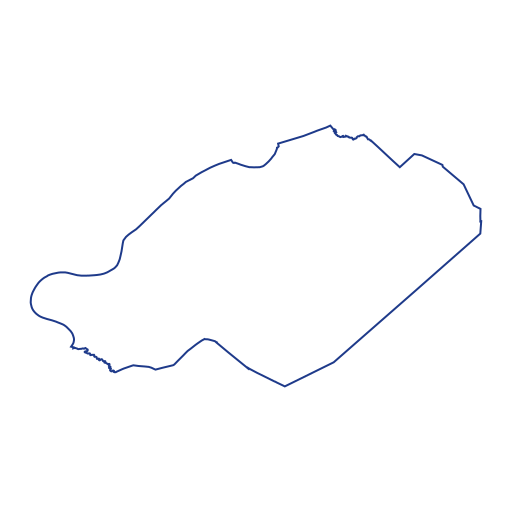 Beesel, Limburg, Netherlands (Robinson projection)
{"feature_id": "6326949B64998271087377", "entity_name": "Beesel", "entity_type": "district", "adm_level": 2, "iso_a3": "NLD", "parent_name": "Netherlands", "parent_adm1": "Limburg", "projection": "robinson", "projection_center": [6.061, 51.27], "detail": "fine", "context": "isolated", "style": "outline", "palette": "blue", "viewbox_px": 512, "rotation_deg": 0, "n_neighbors": 0, "source": "geoboundaries", "source_scale": "gbopen_adm2", "svg_char_len": 5665}
<svg xmlns="http://www.w3.org/2000/svg" viewBox="0 0 512 512"><path d="M32.3,308.7L33.2,310.3L33.5,310.7L34.7,312.2L35.5,313.0L36.3,313.8L38.0,315.1L38.8,315.7L40.4,316.6L42.7,317.6L47.0,319.0L48.9,319.5L51.9,320.3L55.9,321.6L57.3,322.2L60.9,323.6L63.0,324.5L63.9,325.0L64.8,325.6L65.6,326.2L66.5,326.9L69.1,329.5L70.8,331.3L71.4,332.2L72.1,333.2L72.6,334.2L73.2,335.8L73.8,337.8L74.0,339.1L74.0,340.1L73.6,342.3L73.2,343.4L72.8,344.1L72.4,344.8L71.1,346.7L73.6,347.3L73.3,348.3L74.9,347.9L75.4,348.0L75.9,348.2L77.2,348.6L77.6,348.9L78.1,349.1L78.6,349.1L79.9,348.9L80.4,348.9L81.1,348.9L81.7,348.7L82.5,348.5L83.0,348.4L83.8,348.7L84.1,348.7L84.5,348.5L85.1,348.1L85.4,348.0L85.7,348.2L86.2,348.6L86.6,348.9L87.4,349.4L87.6,349.5L87.7,349.9L87.7,350.3L87.6,350.6L87.5,350.8L87.1,351.1L86.5,351.2L85.8,351.3L85.4,351.4L84.9,351.6L84.7,351.8L84.7,352.1L84.8,352.2L85.2,352.5L86.7,352.9L87.4,353.4L88.1,353.6L88.5,353.5L88.8,353.4L89.2,353.3L89.5,353.4L89.9,353.5L90.0,353.8L90.2,354.1L90.2,354.6L90.2,354.9L90.5,355.1L90.9,355.1L92.1,354.8L92.7,354.9L93.0,354.9L93.7,354.8L94.0,354.8L94.2,355.1L94.2,356.3L94.5,356.7L94.6,356.8L95.6,356.7L96.0,356.8L96.6,357.2L96.7,357.5L96.8,358.5L97.1,358.9L98.8,358.6L99.0,358.7L99.1,358.8L98.9,359.9L99.1,360.1L99.4,360.3L99.8,360.3L100.1,360.1L101.1,359.3L101.4,359.2L101.9,359.3L102.2,359.5L102.4,359.8L102.7,360.5L102.9,360.9L103.1,361.1L103.3,361.2L103.9,361.1L104.7,361.1L105.0,361.1L105.2,361.3L105.3,361.4L105.2,361.6L104.4,362.1L104.4,362.4L104.5,362.6L104.9,362.7L105.5,362.8L106.2,363.1L106.5,363.1L107.0,363.6L107.7,364.1L108.9,363.9L109.2,363.9L109.4,364.0L109.5,364.2L109.5,364.7L109.3,365.0L108.9,365.6L108.8,365.9L108.8,366.0L109.0,366.2L109.7,366.4L110.1,366.5L110.3,366.6L110.4,366.8L109.3,367.3L109.1,367.5L109.0,367.8L109.2,368.1L110.9,368.7L110.9,368.9L110.7,369.3L110.3,369.7L110.1,370.0L110.1,370.3L110.2,370.5L110.9,371.1L111.2,371.3L111.6,371.3L112.0,371.2L112.7,370.7L113.0,370.5L113.5,370.6L113.9,370.8L114.1,371.2L114.1,371.8L114.0,372.0L114.4,372.2L115.8,372.2L116.2,371.9L122.2,369.2L123.9,368.5L132.3,365.6L133.4,365.3L138.6,366.0L145.0,366.5L148.8,366.9L150.4,367.4L151.4,367.7L154.1,369.0L155.5,369.6L162.4,367.8L172.8,365.3L173.4,365.1L174.0,364.7L174.6,364.2L177.9,360.8L183.3,355.4L185.3,353.3L187.6,351.0L190.8,348.6L195.5,344.9L197.7,343.3L201.2,340.9L202.3,340.2L204.1,339.3L204.4,339.0L204.6,339.1L205.1,339.2L207.5,339.3L208.7,339.5L212.1,340.4L214.6,341.1L215.1,341.3L216.3,342.1L216.5,342.2L216.3,342.4L228.3,352.4L247.4,367.9L247.5,368.1L248.2,368.6L248.2,368.0L249.3,368.7L257.0,372.8L274.8,381.6L275.4,381.7L275.8,382.0L276.7,382.5L283.4,385.7L284.4,386.2L284.8,386.4L333.7,362.3L415.0,291.1L480.3,233.6L481.3,220.2L480.3,222.5L480.4,220.2L480.3,216.0L480.5,208.9L473.7,205.5L463.6,184.3L442.8,166.7L442.4,164.9L421.9,155.4L414.3,154.0L399.8,167.2L392.7,160.7L377.8,146.8L371.9,141.4L371.9,141.5L371.5,141.2L370.5,140.6L369.7,139.8L369.3,139.5L368.8,139.3L368.0,139.3L367.5,138.5L366.6,136.7L366.3,136.5L366.0,136.6L365.5,136.4L364.9,135.7L364.4,135.5L364.0,135.4L363.9,135.2L363.8,134.8L363.7,134.8L363.6,134.7L363.3,134.8L362.9,135.2L362.4,135.2L361.5,135.3L360.3,135.4L359.5,136.2L359.3,136.3L358.8,136.3L358.3,136.2L357.9,136.3L357.7,136.4L357.3,136.8L356.9,137.1L356.7,137.3L356.6,137.9L356.5,138.1L355.5,138.7L354.9,138.6L354.7,138.6L354.0,139.2L353.4,139.6L353.2,139.6L352.8,139.3L352.8,139.1L352.9,138.8L352.8,138.7L352.5,138.5L352.4,138.4L352.3,138.2L352.2,137.9L351.8,137.7L351.4,137.7L350.0,137.7L348.6,137.2L348.6,136.8L348.1,136.6L347.7,136.4L347.1,136.4L346.9,136.2L346.5,136.1L346.1,135.9L345.9,135.8L345.8,136.0L345.8,136.5L345.7,136.6L345.0,136.5L344.9,136.5L344.6,136.8L343.9,136.8L343.2,137.0L342.8,136.8L342.8,136.6L343.2,136.3L343.3,136.2L343.1,135.9L342.7,136.0L342.5,136.4L342.3,136.5L341.7,136.6L341.4,136.7L340.9,137.0L340.5,137.1L339.7,136.8L339.2,136.4L338.6,136.2L337.7,136.0L337.6,135.9L337.5,135.7L337.2,135.1L336.9,135.0L336.4,134.9L335.8,134.2L335.6,133.6L335.7,133.3L335.5,133.2L335.2,133.4L335.0,133.2L335.5,132.6L335.4,132.3L335.6,132.3L336.0,132.5L336.2,132.3L336.1,132.2L336.0,131.9L335.7,131.8L335.2,132.1L334.9,132.1L334.5,131.9L334.3,131.8L334.2,131.5L334.1,131.4L334.8,131.1L335.7,130.5L335.7,130.1L335.1,129.7L334.9,129.5L334.8,129.4L334.5,129.8L334.2,129.9L333.9,130.0L333.8,129.8L333.5,129.4L330.3,125.6L326.2,127.5L317.1,130.7L314.4,131.8L303.4,136.0L278.1,143.6L278.7,146.4L277.7,147.5L277.0,147.7L277.0,147.9L277.0,148.1L276.9,148.6L276.7,149.4L274.9,153.8L274.7,154.2L272.2,157.2L271.2,158.6L270.2,159.7L268.7,161.4L265.7,164.2L263.7,165.8L262.8,166.3L261.1,166.8L259.7,167.2L255.3,167.3L253.2,167.3L250.7,167.2L249.4,167.2L245.5,166.2L240.7,164.7L238.4,163.8L234.9,162.6L234.0,163.0L232.9,162.6L231.1,159.9L219.1,163.9L214.7,165.7L210.2,167.7L201.6,172.2L195.8,175.6L193.1,178.2L185.9,181.9L183.6,183.9L181.0,185.9L175.9,190.6L173.0,193.7L169.1,198.6L161.3,205.0L156.0,210.1L153.7,212.4L151.4,214.6L139.9,225.8L136.1,229.3L131.7,232.3L128.6,234.6L126.0,236.9L123.4,240.4L122.8,243.2L121.5,251.4L120.5,255.9L119.7,259.3L118.4,262.6L117.1,265.3L115.2,267.4L114.3,268.2L113.6,268.7L107.3,272.3L105.1,273.2L103.7,273.7L100.4,274.5L96.8,275.0L94.6,275.2L88.7,275.6L83.6,275.7L81.9,275.7L80.9,275.6L77.3,275.2L76.4,275.0L67.6,272.8L65.2,272.4L64.3,272.4L60.5,272.4L58.5,272.6L56.5,273.0L52.6,273.8L50.1,274.6L48.1,275.4L47.0,276.2L45.7,276.9L44.4,277.6L42.6,278.9L41.3,280.0L40.3,280.9L39.3,281.9L38.5,282.8L37.9,283.6L36.2,286.0L35.4,287.2L34.7,288.4L32.9,291.8L32.5,292.7L32.1,293.8L31.6,295.2L31.3,296.3L31.0,297.8L30.9,299.1L30.7,302.3L30.8,303.3L31.0,304.4L31.7,307.2L32.3,308.7Z" fill="none" stroke="#1e3a8a" stroke-width="2"/></svg>